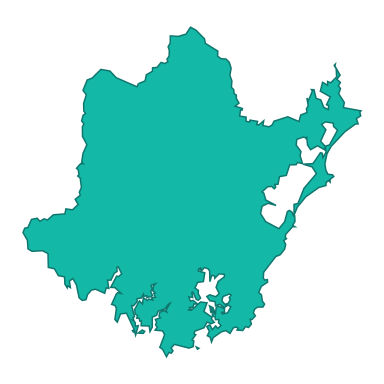 Central Coast (NSW), New South Wales, Australia
{"feature_id": "25037944B67888909972324", "entity_name": "Central Coast (NSW)", "entity_type": "district", "adm_level": 2, "iso_a3": "AUS", "parent_name": "Australia", "parent_adm1": "New South Wales", "projection": "albers", "projection_center": [151.338, -33.307], "detail": "fine", "context": "isolated", "style": "filled", "palette": "teal", "viewbox_px": 384, "rotation_deg": 0, "n_neighbors": 0, "source": "geoboundaries", "source_scale": "gbopen_adm2", "svg_char_len": 6008}
<svg xmlns="http://www.w3.org/2000/svg" viewBox="0 0 384 384"><path d="M306.9,98.0L308.2,105.9L306.4,108.8L307.1,112.5L300.7,115.0L299.0,121.5L287.7,116.8L274.0,121.2L272.3,124.8L269.1,126.8L262.9,125.6L263.7,120.8L258.8,124.9L256.7,124.6L257.6,121.4L250.0,120.1L249.7,122.0L246.0,121.3L246.1,117.1L239.6,116.1L240.6,109.9L242.1,110.1L242.4,108.5L235.1,106.2L239.0,103.1L236.4,98.6L236.3,95.0L234.2,93.8L233.7,89.5L231.4,87.3L231.9,80.9L229.9,75.4L231.1,68.2L229.3,62.3L226.0,59.0L221.3,58.8L217.6,56.2L217.8,51.1L205.4,43.4L204.5,38.8L195.9,30.1L190.5,27.2L186.0,34.1L178.3,36.4L170.3,35.9L170.2,43.1L168.1,46.8L169.3,50.3L169.1,56.1L167.0,59.2L167.9,61.8L164.7,63.5L161.1,62.4L157.0,67.4L152.6,67.8L152.4,71.3L146.3,74.8L145.1,80.9L138.4,83.7L137.0,86.8L116.2,77.7L109.9,71.0L100.9,69.4L92.1,78.1L87.2,80.0L83.0,90.3L86.3,94.8L83.6,103.4L83.8,111.0L85.5,113.4L83.0,115.4L81.6,121.0L83.9,123.7L82.4,126.8L82.5,136.5L86.9,144.6L83.0,153.4L81.7,162.2L83.4,163.7L80.6,163.7L76.5,168.3L78.2,169.6L79.0,174.7L77.7,176.0L80.2,178.1L81.4,187.5L79.3,192.2L80.3,195.2L75.2,199.3L78.1,204.5L72.5,209.8L65.9,208.9L64.9,213.9L53.3,214.8L47.5,220.0L44.1,218.8L39.9,221.3L37.2,218.2L31.5,219.4L27.9,227.5L24.7,228.2L23.0,232.6L27.4,240.3L28.0,248.9L32.0,251.3L42.5,250.7L48.0,253.6L48.3,267.4L54.5,268.8L58.4,275.7L64.5,276.8L64.9,284.2L67.2,287.8L67.5,285.8L70.4,287.6L69.4,281.0L72.9,278.6L76.4,284.8L79.1,297.8L82.2,300.4L86.0,299.7L87.6,294.5L91.4,290.1L95.5,289.2L104.7,293.3L106.2,287.8L108.8,288.4L107.5,280.1L110.9,280.2L114.4,273.1L117.1,271.5L116.9,267.1L118.3,266.8L121.7,273.9L118.5,276.6L116.6,276.1L110.7,287.4L114.9,287.6L121.3,293.5L117.6,292.7L116.2,294.2L111.6,304.4L115.0,305.5L116.4,308.5L114.9,319.5L117.3,322.2L120.5,313.9L126.5,313.2L134.3,329.8L132.4,330.7L133.3,332.0L134.3,330.4L135.6,335.2L138.3,325.6L135.5,326.4L135.1,322.3L132.5,320.1L133.8,320.3L133.0,317.5L134.5,316.7L131.6,305.6L133.6,305.7L137.1,301.7L137.0,298.7L141.2,298.1L143.5,294.1L143.9,296.4L146.8,295.6L146.9,297.7L152.6,295.8L150.7,291.6L152.2,289.1L151.1,285.3L155.4,283.7L153.4,286.2L152.9,290.9L155.2,292.9L153.8,293.5L155.5,297.3L151.6,297.9L152.7,300.1L148.9,299.0L147.5,300.5L143.3,297.8L142.5,304.0L139.4,300.9L134.6,309.6L135.5,314.2L137.5,315.5L136.7,318.2L139.1,318.2L139.8,321.1L141.3,320.9L141.2,325.8L149.1,326.0L150.0,331.6L152.3,327.1L152.3,317.2L156.6,315.3L158.0,311.2L165.0,308.7L168.6,304.0L170.1,303.2L165.9,310.3L166.7,312.0L164.1,310.5L159.7,312.4L159.0,316.1L160.4,317.8L155.3,319.4L156.6,322.3L155.5,324.8L157.3,327.0L155.1,330.2L162.5,330.8L164.6,334.7L159.8,347.4L162.6,349.3L166.5,356.8L168.9,352.4L171.3,353.2L173.0,350.9L171.1,348.0L174.4,344.4L189.0,348.1L193.1,346.7L193.8,340.9L192.1,339.7L195.8,334.7L194.1,334.0L194.7,331.2L204.0,327.8L207.0,322.1L211.2,323.6L214.3,322.4L211.5,319.2L211.9,317.3L203.9,311.5L207.0,302.8L200.5,302.0L191.3,310.3L187.8,310.0L191.1,309.1L189.6,307.4L192.9,307.2L193.8,304.1L197.4,303.9L193.1,300.4L190.4,301.1L188.8,296.9L192.8,297.5L191.7,292.5L192.9,292.1L196.3,299.5L198.3,300.2L200.6,298.1L198.2,293.6L198.4,290.5L195.0,288.0L197.6,282.4L203.4,281.6L204.8,272.8L198.3,271.1L198.6,269.0L202.1,270.6L200.8,269.6L199.9,267.4L202.3,270.1L204.2,267.5L208.2,268.8L209.6,271.0L209.9,281.7L211.7,275.4L214.4,275.8L214.8,278.3L219.0,273.9L224.3,274.3L224.4,276.8L218.2,281.4L216.1,287.4L219.2,293.5L215.8,296.7L209.7,294.8L206.8,296.5L209.9,300.8L215.1,301.6L215.5,305.7L219.6,304.2L224.4,307.5L226.6,306.1L221.9,300.9L223.0,296.5L229.4,294.0L231.2,295.0L229.2,297.7L230.3,299.6L228.3,303.2L226.1,304.0L230.9,306.8L227.5,312.9L222.3,314.0L221.6,312.4L224.5,312.1L224.5,308.7L218.6,306.2L216.3,307.2L215.4,313.5L213.0,307.9L211.4,309.2L212.6,307.5L209.5,305.9L210.7,310.0L212.7,310.8L210.4,310.3L211.0,312.5L213.3,312.9L211.8,312.1L213.0,311.4L215.3,313.6L212.4,314.5L212.5,316.2L215.2,316.9L215.4,319.7L218.8,319.5L218.5,322.8L221.1,325.6L217.6,328.4L215.7,325.9L212.4,329.6L209.8,324.8L206.8,326.5L209.4,331.5L207.3,335.7L210.2,337.2L211.5,342.0L213.3,337.5L221.5,331.8L225.8,330.6L230.0,333.4L233.3,327.9L235.8,327.0L238.1,328.2L237.1,330.1L242.7,330.5L245.6,326.6L248.6,327.5L251.4,324.1L250.1,319.3L252.0,319.5L255.4,315.9L253.3,312.7L254.7,309.2L257.4,307.1L263.0,307.0L264.6,304.1L262.4,301.2L261.4,294.7L258.7,292.6L261.3,286.4L267.6,282.1L267.4,279.6L264.6,280.0L263.3,278.0L263.7,272.2L275.8,256.5L280.1,254.8L284.6,249.2L285.7,244.4L283.7,240.5L286.5,238.7L285.2,237.3L285.8,234.2L292.6,226.7L294.8,226.7L292.6,225.4L295.0,221.4L294.7,215.9L293.6,216.0L291.9,212.0L289.3,210.4L287.4,211.6L284.6,221.8L278.9,228.7L265.7,221.7L260.6,213.6L262.1,206.2L268.1,203.3L276.1,205.4L265.8,200.0L263.8,193.1L262.0,191.9L267.7,186.7L271.9,186.5L274.2,188.8L275.7,187.2L274.7,184.5L278.0,184.3L279.5,176.6L286.3,175.4L289.7,164.9L296.1,164.7L297.5,162.5L302.5,163.6L300.1,155.7L301.0,151.6L296.2,145.1L296.8,139.4L302.9,137.2L306.4,137.6L305.9,138.3L305.7,139.1L306.8,137.7L307.5,145.0L310.6,149.7L317.5,145.8L324.8,149.9L324.9,146.0L320.6,141.3L325.9,129.8L321.6,124.4L325.5,121.9L333.2,123.1L333.6,126.5L337.5,130.2L329.5,144.9L325.2,146.2L326.1,152.2L322.9,157.6L322.3,153.3L320.4,152.7L313.0,163.6L303.2,164.2L312.1,166.9L316.4,173.7L304.0,188.3L298.0,203.4L294.0,204.4L294.1,215.0L297.3,207.2L305.7,196.9L318.8,187.5L326.0,185.5L326.1,182.5L333.8,176.5L332.5,174.8L327.8,174.2L325.8,169.9L324.9,163.9L327.0,153.7L331.2,146.3L344.8,131.8L355.5,124.0L358.1,123.9L356.4,118.6L360.7,115.9L359.8,112.1L361.0,110.9L343.4,107.6L344.3,102.4L338.7,93.8L340.5,88.5L338.4,86.0L340.4,82.4L336.9,79.3L340.1,75.2L334.9,66.0L335.3,64.2L334.2,65.3L336.2,68.9L336.6,76.9L330.7,82.8L327.6,81.5L327.6,85.3L322.6,82.3L320.3,91.2L330.3,96.8L326.5,104.8L328.7,105.5L328.2,109.6L323.7,107.3L320.8,99.9L316.1,98.4L314.0,89.7L311.4,89.6L312.4,91.0L308.4,100.6L306.9,98.0ZM138.2,333.1L143.3,333.4L144.7,331.3L142.2,330.0L138.2,333.1ZM196.3,347.0L197.4,349.2L198.9,348.3L196.3,347.0ZM330.1,182.1L330.1,181.0L329.4,181.4L330.1,182.1Z" fill="#14b8a6" stroke="#0f766e" stroke-width="1.5"/></svg>